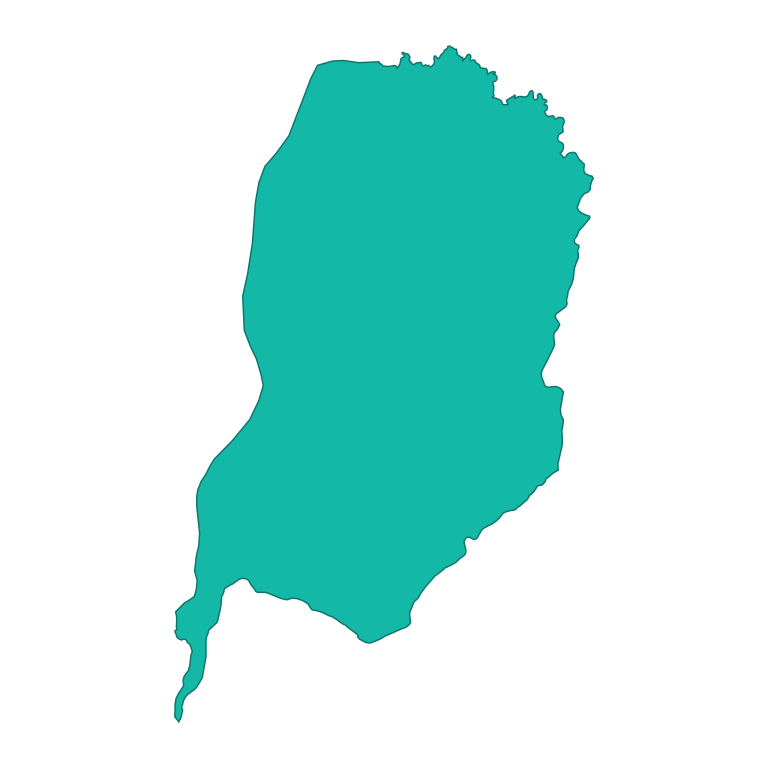 outline of Meun, Vientiane, Laos
{"feature_id": "54806243B19210763437500", "entity_name": "Meun", "entity_type": "district", "adm_level": 2, "iso_a3": "LAO", "parent_name": "Laos", "parent_adm1": "Vientiane", "projection": "albers", "projection_center": [101.935, 18.217], "detail": "fine", "context": "isolated", "style": "filled", "palette": "teal", "viewbox_px": 768, "rotation_deg": 0, "n_neighbors": 0, "source": "geoboundaries", "source_scale": "gbopen_adm2", "svg_char_len": 5962}
<svg xmlns="http://www.w3.org/2000/svg" viewBox="0 0 768 768"><path d="M385.4,66.0L384.2,66.4L383.4,66.2L381.2,64.1L379.7,63.4L379.2,62.8L379.0,61.8L358.5,62.7L343.5,60.5L332.5,61.1L317.6,65.3L311.0,78.2L288.9,135.8L276.3,153.2L264.9,166.4L258.9,182.6L255.5,202.0L252.4,243.4L247.6,274.0L242.7,296.2L244.3,330.4L250.4,346.3L256.5,359.0L261.0,374.4L263.3,385.6L258.8,400.6L249.8,419.5L232.4,440.6L214.3,459.1L210.3,465.5L205.6,474.7L201.2,481.3L197.8,489.9L196.7,496.9L196.8,506.5L199.6,533.0L198.8,545.6L196.5,555.3L194.6,570.8L197.2,580.6L196.4,588.7L195.2,593.7L194.0,596.8L189.9,599.7L184.5,602.9L175.6,611.8L176.6,616.3L176.7,621.4L176.4,626.8L176.9,628.8L176.8,629.9L175.6,630.2L175.0,631.1L175.2,632.6L176.4,634.7L176.4,635.8L177.3,637.6L178.6,638.7L181.4,640.0L183.7,639.1L185.0,639.2L185.8,639.7L186.9,641.0L187.4,642.6L189.8,644.2L192.3,651.3L190.8,655.9L189.8,665.6L188.3,670.7L184.2,676.2L183.1,680.1L183.6,685.9L179.1,692.6L176.1,698.4L175.0,704.7L175.1,710.1L174.8,716.7L178.8,721.9L179.2,720.5L180.2,719.5L181.4,715.9L182.3,711.4L182.7,710.4L182.1,709.3L181.8,706.4L182.0,705.4L182.7,704.4L183.1,701.7L183.8,700.0L185.1,697.4L188.0,694.2L194.2,689.7L196.1,687.8L198.4,684.4L202.2,677.8L206.0,656.8L206.0,640.8L206.5,636.9L208.0,633.3L208.7,630.1L216.8,622.6L217.6,620.9L220.2,609.5L221.0,604.9L221.6,597.4L222.1,595.7L223.4,593.4L224.3,589.4L224.8,588.5L226.1,587.4L227.9,586.6L230.3,585.0L233.1,583.7L238.6,579.6L242.0,578.3L245.2,578.7L247.2,579.3L248.8,580.8L251.8,586.0L254.2,588.6L255.4,591.0L256.8,592.0L257.7,592.3L265.1,592.4L266.8,592.7L280.2,598.1L285.1,599.5L287.2,599.7L292.3,598.1L297.4,598.7L303.0,600.7L307.4,603.5L308.4,604.4L311.1,608.8L312.2,609.8L313.0,610.1L317.2,610.8L322.0,612.3L329.0,615.7L332.0,616.7L336.5,619.4L342.8,624.0L345.3,625.0L347.8,627.3L357.6,634.7L357.8,637.1L359.6,639.2L365.5,642.3L368.6,642.9L370.2,642.9L371.8,642.5L379.4,639.4L385.1,636.1L401.0,629.1L406.1,627.2L409.3,624.6L410.6,622.4L409.6,615.0L409.7,612.7L413.9,602.1L417.8,598.4L419.0,596.7L420.9,593.0L425.4,587.0L434.7,576.2L439.7,572.5L445.6,567.5L446.8,567.2L454.7,563.1L456.3,562.0L459.1,559.1L463.6,555.9L465.1,554.2L465.8,552.3L465.8,549.5L464.2,543.2L464.2,541.2L465.6,538.4L467.0,537.3L469.2,537.2L474.2,539.6L476.8,538.5L481.6,530.1L483.5,528.4L490.8,524.4L492.6,523.7L497.2,520.1L499.6,517.7L502.7,513.7L503.8,512.8L505.4,512.0L509.9,510.7L513.9,510.1L515.6,509.4L517.7,507.2L519.5,506.3L524.5,501.8L526.3,500.6L528.1,498.2L529.9,494.9L531.2,494.3L532.7,492.6L533.7,492.0L537.5,486.1L539.4,485.3L541.1,485.3L542.9,484.3L545.2,481.5L546.1,478.8L548.2,477.4L552.3,473.7L555.6,471.5L558.2,470.3L557.9,463.9L562.2,445.0L562.3,437.4L561.8,430.8L562.9,424.9L563.3,419.7L561.1,415.1L560.3,409.8L563.4,391.8L560.1,388.1L555.9,386.5L552.2,386.7L548.1,387.4L545.0,386.0L541.8,377.3L541.2,373.8L542.3,369.8L546.3,362.3L553.3,348.0L554.6,345.0L553.7,336.0L554.3,332.7L557.4,329.2L559.7,324.8L558.5,322.4L555.9,318.4L555.0,315.3L556.2,313.9L565.9,306.5L567.0,303.8L566.5,299.5L567.5,296.1L568.0,291.6L571.7,284.1L573.3,278.6L574.3,268.8L576.2,262.8L578.4,257.8L578.3,253.7L577.6,250.7L579.0,247.3L578.7,245.3L575.2,243.6L574.4,242.2L574.5,239.1L576.7,236.3L579.1,230.6L584.8,224.2L589.8,218.1L589.6,216.2L586.7,215.4L581.4,212.9L578.7,210.8L577.2,207.5L580.5,198.4L584.0,193.8L588.4,191.8L590.3,189.3L590.3,186.5L591.3,182.2L593.2,178.4L592.1,176.2L588.7,175.4L584.8,173.2L583.7,169.8L584.3,164.3L579.3,159.5L577.5,156.7L576.2,153.9L575.4,153.0L574.2,152.5L572.5,152.4L569.1,153.1L567.3,154.4L565.8,156.7L563.8,157.8L560.1,153.2L562.0,151.6L562.6,150.5L563.4,147.9L563.5,145.8L563.0,144.0L562.3,143.1L559.1,141.5L558.2,140.6L557.8,139.6L557.8,138.0L558.2,135.8L559.0,134.4L562.5,132.3L563.1,131.2L562.6,127.6L562.7,125.9L564.3,121.8L563.6,119.0L563.4,118.4L562.5,117.8L559.4,117.3L557.9,117.6L556.1,118.9L554.6,118.8L553.9,116.5L553.4,115.9L552.4,115.8L549.8,116.4L548.5,116.4L547.4,116.1L546.1,115.0L544.5,111.9L544.7,111.2L546.6,110.0L547.1,109.4L547.2,106.2L546.8,105.4L546.3,104.9L544.4,105.2L544.3,104.8L544.6,103.2L545.0,102.7L546.6,101.9L546.7,100.9L546.2,100.1L545.5,99.6L542.7,99.0L542.0,96.1L541.0,94.2L540.3,93.7L538.4,94.0L537.4,95.5L537.7,97.7L537.4,98.8L536.1,99.7L534.7,99.9L533.9,99.1L533.5,98.1L532.9,91.8L532.4,91.0L531.4,90.7L529.9,91.6L528.1,95.4L526.7,96.5L525.9,96.8L523.7,97.0L522.4,96.6L519.4,96.5L516.7,97.3L515.0,98.6L514.4,98.5L515.1,96.0L514.9,95.2L507.2,99.9L506.4,101.0L508.2,104.2L507.2,104.7L503.9,104.7L502.4,104.1L502.1,102.6L501.0,100.6L498.8,99.3L495.7,98.2L492.9,97.7L492.6,96.9L493.6,96.5L493.9,95.1L493.2,93.4L493.9,89.5L493.6,88.4L493.8,87.4L493.6,85.8L492.9,84.0L492.9,82.7L493.5,81.7L495.4,81.1L496.7,79.9L497.1,78.0L496.6,76.2L495.5,74.9L494.0,74.5L493.2,74.0L495.1,73.2L495.3,72.4L494.8,71.9L493.2,71.7L490.6,72.2L489.1,73.3L488.0,73.6L487.6,74.1L487.0,69.9L486.0,68.6L480.4,67.9L480.1,66.5L479.0,64.5L476.4,63.1L475.4,61.7L474.6,60.1L473.3,60.0L471.2,60.6L470.5,60.0L470.3,59.1L470.7,57.9L470.7,55.9L469.7,54.6L468.3,54.4L467.1,55.2L465.6,57.9L464.1,59.0L463.5,59.7L463.4,60.5L462.7,60.7L462.5,60.2L462.7,57.9L462.1,57.2L460.7,57.3L460.0,56.9L459.8,56.1L458.6,55.6L457.8,54.9L456.9,52.6L456.5,49.3L455.5,49.3L454.8,49.5L454.4,48.8L453.6,48.8L452.4,47.4L451.2,47.3L450.0,46.2L449.0,46.1L447.7,46.6L447.6,48.4L447.0,49.0L446.2,49.1L444.4,50.3L443.8,52.0L442.7,53.4L441.2,54.6L440.3,55.8L439.8,57.2L439.0,58.2L437.9,58.4L436.6,57.3L435.7,56.1L435.0,55.9L434.3,56.4L433.9,58.0L434.5,61.7L434.1,63.5L432.5,65.6L431.0,66.9L428.3,65.5L426.4,65.6L425.4,64.8L424.3,65.8L423.2,65.9L422.3,65.3L421.3,62.8L420.3,62.3L418.8,62.9L417.0,62.8L416.0,63.1L414.7,64.2L413.4,64.7L411.6,63.4L410.8,62.0L409.3,60.4L409.3,58.8L409.9,57.2L409.0,55.3L408.0,54.1L406.4,53.6L404.8,53.5L403.0,52.3L402.2,52.8L402.2,53.7L404.4,55.6L404.5,56.7L402.2,57.6L401.0,58.8L400.0,63.9L398.7,66.2L397.5,67.7L396.8,68.1L396.8,67.0L396.1,66.0L394.2,65.6L389.1,66.4L386.8,66.5L385.4,66.0Z" fill="#14b8a6" stroke="#0f766e" stroke-width="1.5"/></svg>